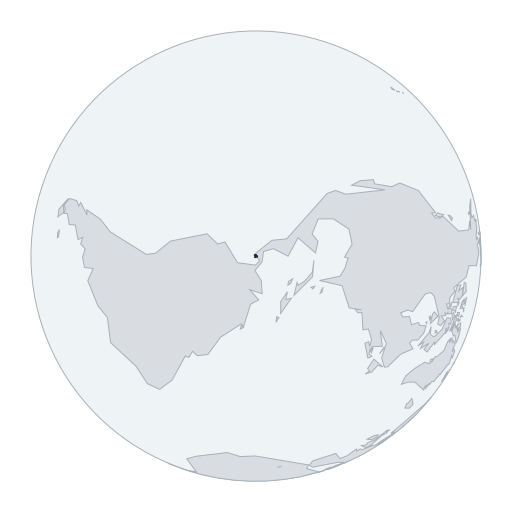 the Earth from above Los Santos, rotated 111°
{"feature_id": "PAN-1339", "entity_name": "Los Santos", "entity_type": "Province", "adm_level": 1, "iso_a3": "PAN", "parent_name": "Panama", "parent_adm1": "", "projection": "orthographic", "projection_center": [-80.421, 7.617], "detail": "coarse", "context": "on_globe", "style": "filled", "palette": "slate", "viewbox_px": 512, "rotation_deg": 111, "n_neighbors": 0, "source": "natural_earth", "source_scale": "10m", "svg_char_len": 8131}
<svg xmlns="http://www.w3.org/2000/svg" viewBox="0 0 512 512"><g transform="rotate(111 256 256)"><circle cx="256" cy="256" r="225" fill="#eef3f6" stroke="#a8b0b8"/><path d="M264.7,253.2L259.4,250.8L254.2,257.6L235.7,246.8L229.0,233.5L172.1,212.0L166.3,205.2L166.2,194.4L148.0,159.3L155.6,192.1L148.3,185.6L142.7,173.9L146.1,171.0L142.7,154.3L136.3,147.9L136.7,127.9L151.2,103.8L153.0,107.5L156.3,101.9L154.1,97.3L151.9,95.7L160.2,75.7L155.3,66.7L146.6,69.2L154.2,65.0L132.8,74.4L125.5,76.1L138.1,71.1L142.9,68.3L140.1,67.5L144.4,64.7L145.5,62.9L150.9,59.9L157.8,57.9L161.4,56.1L159.3,55.8L163.3,53.0L165.8,53.7L173.1,49.1L186.1,46.7L188.7,53.7L200.3,52.2L214.7,60.0L217.8,57.6L225.2,60.1L231.6,58.5L232.5,61.1L236.8,57.8L234.8,55.8L236.0,53.9L239.6,53.0L241.3,55.9L239.8,56.7L242.1,57.1L241.5,59.1L243.8,57.6L245.5,61.6L249.1,56.6L254.9,58.9L254.5,61.9L247.6,63.0L229.8,75.0L227.4,79.6L230.8,84.4L251.8,89.8L252.0,94.9L257.3,100.7L260.3,96.8L257.3,91.1L264.4,86.2L259.9,80.5L262.1,77.9L260.2,72.1L267.9,71.8L276.5,74.8L278.4,79.8L282.2,81.5L286.4,76.2L295.9,85.8L312.2,93.3L313.8,96.3L306.2,102.2L290.9,102.9L281.0,113.3L295.0,105.7L298.8,114.6L302.6,116.0L306.8,115.4L308.3,111.8L311.2,115.0L298.4,123.1L295.6,120.2L299.7,117.5L292.5,118.2L283.9,124.9L286.6,129.6L270.8,136.9L272.5,140.6L270.0,144.7L268.4,138.1L271.0,150.4L252.9,165.0L256.1,187.9L244.8,170.4L235.8,168.6L224.9,169.3L225.3,173.0L210.6,170.5L197.7,178.7L193.6,197.1L199.1,211.2L215.4,211.5L220.0,203.4L231.8,201.6L223.9,223.3L244.7,226.0L242.9,242.3L249.1,250.6L259.3,248.2L269.9,251.9L277.2,242.2L289.1,236.7L289.7,249.9L296.0,237.7L302.9,243.8L326.4,242.3L324.7,245.4L344.5,260.0L365.3,265.7L370.1,275.0L367.7,281.1L374.7,282.3L374.8,286.2L402.0,289.9L415.1,298.2L414.1,311.7L402.1,328.2L388.9,360.8L366.6,372.7L359.4,385.5L339.3,404.2L326.0,403.5L328.2,412.0L319.5,417.4L310.5,418.1L307.6,424.0L300.8,424.4L304.4,428.1L291.8,435.8L293.5,441.6L283.9,447.4L285.2,450.6L282.2,450.6L278.6,451.9L277.7,453.6L269.2,450.8L268.5,443.3L272.9,439.4L268.9,438.8L278.3,428.4L273.4,430.6L277.4,414.5L285.7,400.6L293.8,359.1L289.5,350.8L272.8,341.3L252.8,309.6L258.6,296.2L254.0,290.0L268.9,270.8L264.7,253.2ZM49.9,190.8L51.5,185.7L51.5,189.0L49.9,190.8ZM51.8,182.6L51.4,184.3L51.6,182.9L51.8,182.6ZM51.5,181.5L51.7,182.3L51.3,181.9L51.5,181.5ZM50.9,180.8L51.3,181.0L51.2,181.1L50.9,180.8ZM255.3,195.8L279.0,206.4L265.9,208.2L268.3,206.1L262.2,201.6L251.0,197.6L239.4,200.3L255.3,195.8ZM50.8,178.0L50.8,177.2L51.3,176.9L50.8,178.0ZM265.1,182.8L261.1,182.0L265.0,181.8L265.1,182.8ZM150.2,95.7L153.6,97.6L154.0,103.2L150.7,101.8L150.2,95.7ZM150.1,86.3L152.9,86.0L149.0,91.2L148.6,89.7L150.1,86.3ZM139.4,72.1L141.4,72.5L138.0,73.2L139.4,72.1ZM144.7,63.3L142.8,64.2L144.2,63.0L144.7,63.3ZM256.1,72.8L258.1,72.5L257.4,73.7L256.1,72.8ZM253.4,70.8L251.1,72.5L249.5,71.8L250.9,70.8L253.4,70.8ZM153.7,57.3L156.5,55.4L154.8,56.9L153.7,57.3ZM256.6,69.0L246.9,70.4L244.1,69.3L247.2,64.6L256.6,69.0ZM158.9,54.0L165.7,50.1L162.0,51.6L176.3,45.8L165.8,50.7L164.3,52.2L162.4,52.5L158.9,54.0ZM232.6,55.6L234.9,57.7L229.7,56.9L232.6,55.6ZM229.0,55.7L211.2,57.4L209.6,54.4L215.9,54.2L211.2,51.5L219.1,49.2L223.5,50.1L223.0,52.4L226.4,49.9L229.0,55.7ZM183.0,43.6L185.7,42.6L184.2,43.3L183.0,43.6ZM236.1,53.1L232.7,53.5L231.0,50.8L237.6,49.6L236.0,50.8L236.1,53.1ZM206.0,52.2L206.0,50.3L212.4,47.8L213.3,46.8L219.2,48.9L206.0,52.2ZM238.2,51.0L241.0,49.1L245.0,49.7L239.4,52.6L238.2,51.0ZM227.8,50.8L227.4,49.6L229.8,49.8L227.8,50.8ZM260.8,51.5L256.7,51.5L255.5,50.1L260.8,51.5ZM241.8,48.4L240.4,48.3L239.5,47.8L242.1,46.8L241.8,48.4ZM223.3,47.2L226.0,46.7L221.2,46.2L225.8,44.6L228.9,46.4L229.5,45.0L230.9,44.6L231.9,46.6L223.3,47.2ZM241.9,44.7L247.5,47.0L255.3,47.0L256.6,48.2L243.7,48.1L241.9,44.7ZM235.9,45.6L239.9,45.2L239.5,46.6L236.5,47.8L235.9,45.6ZM227.8,43.1L219.9,44.9L219.5,44.5L227.8,43.1ZM244.3,44.3L242.9,43.8L244.9,44.1L244.3,44.3ZM233.0,43.0L230.2,43.6L229.8,43.1L233.0,43.0ZM242.4,42.4L244.2,43.0L242.2,43.7L242.4,42.4ZM238.2,42.4L238.3,41.6L240.4,43.6L237.0,42.7L238.2,42.4ZM233.0,42.4L231.9,42.3L234.3,42.3L233.0,42.4ZM248.9,39.7L252.1,42.1L247.7,43.4L245.2,40.9L248.9,39.7ZM283.0,456.7L269.7,451.9L277.4,454.1L283.9,451.2L290.5,454.9L283.0,456.7ZM301.8,449.0L308.7,447.2L310.0,448.0L305.5,449.5L301.8,449.0ZM418.1,99.5L412.9,94.8L417.6,99.5L423.2,105.0L430.2,113.1L427.6,110.0L417.0,100.1L419.5,106.0L432.9,127.5L432.2,131.2L426.9,129.6L411.7,110.7L415.0,104.9L409.7,99.2L400.2,93.1L402.0,92.2L398.6,89.4L398.9,87.4L390.8,79.0L389.9,76.9L378.3,68.8L376.3,66.9L383.7,72.0L388.4,74.9L385.0,71.3L383.4,70.2L401.5,84.0L418.1,99.5ZM375.4,65.0L374.7,64.5L375.4,65.0ZM363.5,58.0L363.9,58.3L355.4,53.9L347.2,50.0L344.8,49.0L358.1,55.5L363.1,58.2L366.9,60.1L380.9,68.8L383.8,71.3L370.4,63.5L373.1,66.5L361.5,60.0L332.6,44.7L324.9,41.6L326.1,41.9L345.1,49.1L363.5,58.0ZM179.1,44.2L179.1,44.3L179.6,44.1L183.5,42.7L176.3,45.8L162.0,51.6L161.6,51.6L153.0,55.8L153.1,55.6L179.1,44.2ZM481.1,263.9L481.2,260.7L481.0,243.9L480.5,238.0L480.2,241.3L479.0,234.3L478.3,235.2L470.2,248.0L464.4,240.1L449.8,212.4L448.9,198.9L443.0,185.2L432.2,132.0L436.3,132.4L435.1,120.6L436.1,121.3L443.2,131.5L445.8,134.7L454.4,149.4L461.9,164.6L468.2,180.4L473.3,196.6L477.2,213.2L479.8,229.9L481.1,246.9L481.1,263.9ZM443.4,156.5L445.5,160.6L443.4,156.5ZM327.1,242.1L330.0,244.5L326.3,244.8L327.1,242.1ZM264.2,213.6L269.1,213.8L271.8,215.8L268.0,216.5L264.2,213.6ZM305.2,212.6L310.8,213.6L305.1,214.9L305.2,212.6ZM282.7,207.8L300.8,212.4L289.7,216.6L278.2,213.9L286.0,212.5L282.7,207.8ZM263.2,190.3L266.3,191.1L265.5,193.5L263.2,190.3ZM268.0,182.7L266.8,182.9L265.2,181.1L268.0,182.7ZM299.6,114.1L300.7,113.6L305.0,113.7L303.2,115.3L299.6,114.1ZM322.9,106.4L327.0,111.8L322.8,108.7L321.1,111.5L310.1,109.0L314.1,97.8L314.3,103.1L322.9,106.4ZM296.6,103.5L303.1,105.7L295.8,103.8L296.6,103.5ZM379.1,77.8L382.1,78.6L386.1,82.1L387.2,86.7L381.4,81.4L379.1,77.8ZM385.3,79.2L371.7,71.2L370.4,68.7L373.5,71.3L374.0,70.5L379.0,74.6L391.1,80.8L395.5,84.4L395.2,89.6L392.9,85.6L390.1,84.8L385.3,79.2ZM339.1,61.3L333.2,59.5L338.2,56.2L343.1,58.4L344.6,62.5L339.6,62.4L339.1,61.3ZM263.8,61.2L261.3,61.9L260.8,60.9L262.6,59.6L263.8,61.2ZM259.0,51.6L274.6,57.6L272.5,58.5L284.2,61.8L283.0,65.7L275.5,63.3L283.4,69.2L276.1,68.7L282.1,72.6L265.4,66.9L259.1,67.2L266.5,65.2L267.8,61.5L266.4,59.9L258.0,56.1L245.1,55.5L244.3,52.3L247.1,50.2L250.1,49.9L249.7,51.9L253.9,50.0L255.6,52.8L259.0,51.6ZM280.6,36.4L278.9,37.5L287.7,37.0L289.4,38.5L290.3,38.4L294.3,39.8L300.8,41.6L300.5,42.3L303.1,42.8L305.9,44.0L309.4,45.0L310.2,46.8L314.5,48.2L312.4,48.4L319.7,50.4L314.7,49.8L317.7,51.8L321.0,51.4L316.9,62.3L319.1,68.5L323.7,74.3L314.4,73.3L304.2,67.6L294.9,60.5L294.1,55.2L290.1,56.1L288.5,53.9L292.4,54.1L285.5,52.6L285.2,51.0L277.0,46.7L267.2,46.3L263.9,45.1L267.6,44.4L261.8,43.7L266.5,41.8L264.3,41.0L266.7,38.7L275.2,38.6L272.0,37.7L273.7,36.4L280.6,36.4ZM249.8,39.1L259.5,37.8L265.2,38.2L258.6,42.1L259.9,43.1L255.9,46.3L247.7,45.8L249.6,44.8L249.6,43.9L252.1,44.4L250.0,43.3L252.6,42.1L251.7,41.0L255.1,40.7L249.8,39.1ZM433.0,116.9L433.0,116.7L432.0,115.4L436.0,120.5L433.0,116.9ZM426.1,110.2L425.5,109.0L430.6,114.9L430.6,115.4L426.1,110.2ZM420.7,103.8L425.0,108.5L422.7,106.2L420.7,103.8ZM382.7,71.0L381.5,69.8L383.1,70.8L385.7,72.8L382.7,71.0ZM307.0,37.7L305.1,37.6L303.7,37.2L296.5,36.3L294.6,35.4L298.2,35.7L307.0,37.7ZM303.7,36.6L301.0,36.2L301.8,36.1L303.7,36.6ZM292.9,34.8L293.0,34.5L293.5,35.2L292.9,34.8ZM283.1,32.4L286.8,32.9L286.1,32.9L283.1,32.4ZM184.3,42.9L185.6,42.7L183.1,43.5L184.3,42.9Z" fill="#d9dde1" stroke="#a8b0b8" stroke-width="1"/><path d="M256.2,254.5L256.3,254.5L256.5,255.0L257.1,255.5L257.4,255.9L257.6,256.3L257.6,256.6L257.4,256.7L257.1,256.8L256.9,256.8L256.6,256.7L256.4,256.8L256.6,256.7L256.6,256.8L256.3,256.8L256.2,256.9L256.2,257.0L256.3,257.1L256.1,257.2L256.1,257.3L255.9,257.5L255.8,257.4L255.3,257.5L255.2,257.3L255.1,257.2L255.0,256.9L254.9,256.8L254.9,256.6L254.8,256.3L255.0,256.1L255.2,255.8L255.4,255.8L255.5,255.6L255.4,255.4L255.4,255.2L255.5,255.1L255.7,254.8L255.9,254.8L256.0,254.8L256.1,254.7L256.2,254.5Z" fill="#64748b" stroke="#1e293b" stroke-width="1.5"/></g></svg>